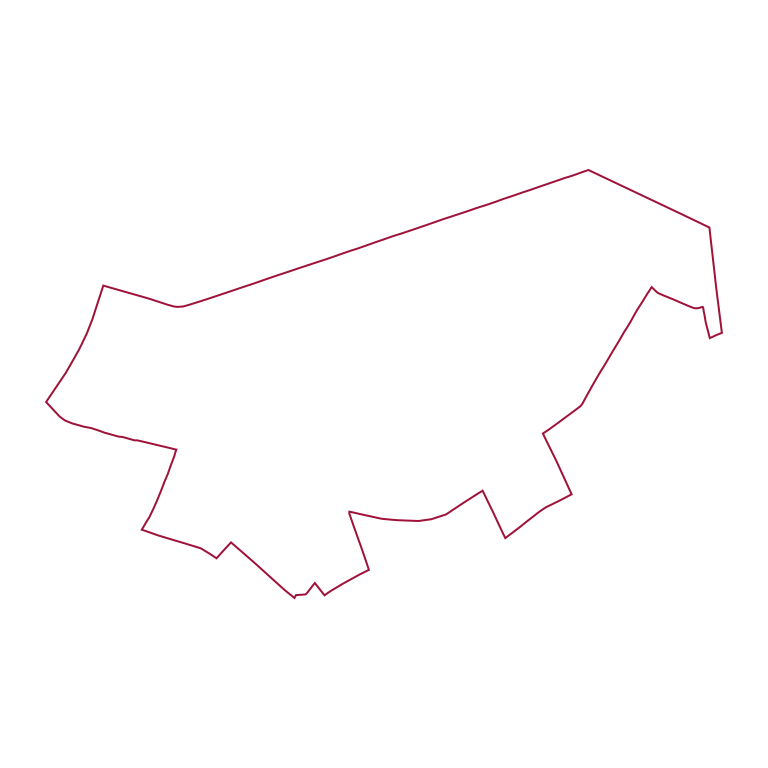 Sathon, Bangkok Metropolis, Thailand
{"feature_id": "78962969B57919474821024", "entity_name": "Sathon", "entity_type": "district", "adm_level": 2, "iso_a3": "THA", "parent_name": "Thailand", "parent_adm1": "Bangkok Metropolis", "projection": "robinson", "projection_center": [100.532, 13.714], "detail": "fine", "context": "isolated", "style": "outline", "palette": "rose", "viewbox_px": 768, "rotation_deg": 0, "n_neighbors": 0, "source": "geoboundaries", "source_scale": "gbopen_adm2", "svg_char_len": 3116}
<svg xmlns="http://www.w3.org/2000/svg" viewBox="0 0 768 768"><path d="M368.9,569.9L365.3,559.1L361.8,548.9L354.2,527.6L349.4,513.8L349.3,513.3L349.4,511.7L352.9,512.4L360.7,514.2L373.1,516.9L378.0,518.0L381.9,518.8L391.4,519.7L397.7,520.2L418.5,521.0L424.9,520.1L431.4,519.2L437.2,517.3L446.1,514.4L464.6,502.1L477.7,493.7L482.6,490.7L483.0,491.5L489.9,505.7L492.8,511.6L501.6,530.5L505.3,538.1L521.1,526.1L524.5,523.3L538.7,512.2L543.6,508.8L546.3,507.1L558.8,501.0L571.6,494.3L565.5,480.9L556.0,460.2L546.8,441.6L542.9,433.5L548.2,430.0L557.3,423.4L564.6,418.0L574.6,410.6L580.4,406.2L581.2,405.3L581.8,404.6L582.4,403.7L586.4,396.3L592.2,385.9L597.5,376.7L600.3,372.0L605.5,363.6L613.0,350.8L616.9,344.4L618.9,341.1L621.7,336.3L623.9,332.4L626.6,328.2L630.3,322.2L634.8,314.0L637.0,310.2L642.8,301.1L647.3,293.8L651.7,287.1L652.0,287.4L652.1,287.5L652.4,287.8L655.2,290.6L657.4,292.6L658.8,293.4L661.3,294.5L661.9,294.7L663.1,295.3L664.9,296.0L667.4,297.0L669.8,298.0L672.8,299.2L674.7,300.0L677.4,301.2L680.1,302.4L682.5,303.4L685.7,304.8L687.8,305.7L689.6,306.4L690.5,306.8L691.8,307.3L693.2,307.8L694.6,308.2L695.4,308.3L696.5,308.3L697.5,308.2L698.5,308.1L699.7,307.8L700.7,307.4L701.5,307.2L701.9,307.1L702.5,306.9L702.7,307.0L703.1,307.3L703.8,311.7L704.5,315.0L705.4,320.5L705.8,322.6L706.9,327.0L707.4,328.7L708.6,333.5L709.8,338.1L712.2,337.0L715.4,335.5L717.8,334.5L721.9,332.9L716.3,288.6L709.4,227.5L680.2,213.5L588.4,170.0L580.6,172.7L576.5,174.2L571.4,176.0L564.4,178.1L548.8,183.5L539.7,186.6L530.6,189.8L522.1,192.6L512.9,195.8L503.2,199.0L495.6,201.8L486.6,204.9L481.7,206.4L476.1,208.2L467.8,211.1L459.6,213.8L452.3,216.2L442.8,219.3L436.0,221.7L429.2,224.1L414.6,229.1L403.6,232.8L392.5,236.3L385.7,238.7L374.1,242.7L368.5,244.7L356.8,248.8L350.4,250.8L344.9,252.7L342.0,253.7L329.2,258.2L320.5,261.1L312.1,263.8L301.5,267.3L292.9,270.2L280.0,274.5L272.6,277.0L264.1,279.9L252.1,284.1L243.2,287.0L236.7,289.2L227.8,292.2L219.2,295.1L208.0,298.8L200.0,301.4L192.7,303.7L188.8,304.9L183.1,306.5L180.5,306.7L177.4,306.9L175.8,306.7L174.1,306.5L172.4,306.1L170.5,305.5L168.4,305.0L149.2,298.7L103.3,285.6L92.3,319.5L86.8,333.5L81.1,345.4L78.7,350.2L73.8,358.9L69.0,367.3L65.6,373.1L46.1,402.0L59.1,416.0L60.3,417.0L62.6,418.8L64.8,420.3L65.2,420.6L69.4,422.3L70.7,422.8L72.5,423.5L80.1,425.6L83.0,426.5L86.4,427.2L90.0,427.8L91.3,428.1L92.5,428.5L98.6,430.5L104.6,432.7L109.0,433.9L118.2,436.5L120.2,436.8L121.9,436.9L122.7,437.0L128.3,438.6L133.7,440.1L134.2,440.3L136.7,440.3L137.6,440.4L146.2,442.4L159.5,445.6L169.3,447.9L175.6,449.5L176.3,449.6L175.1,453.2L174.2,456.4L170.1,467.3L167.8,474.0L164.4,481.9L162.4,487.2L160.7,491.6L156.7,501.4L155.5,504.0L154.0,507.5L149.5,516.9L146.7,521.4L141.8,529.7L158.1,535.4L173.7,540.1L185.5,543.6L200.7,548.3L210.3,554.1L216.5,558.3L221.3,553.0L221.5,552.8L221.9,552.3L231.0,542.4L243.1,552.9L254.0,562.4L264.9,572.2L273.5,580.0L284.6,590.0L294.5,598.0L296.0,595.1L304.9,594.5L305.7,594.3L306.7,593.4L314.8,583.0L324.5,595.3L327.9,592.9L331.5,590.5L341.0,584.8L349.2,580.2L360.0,574.3L368.9,569.9Z" fill="none" stroke="#9f1239" stroke-width="2"/></svg>